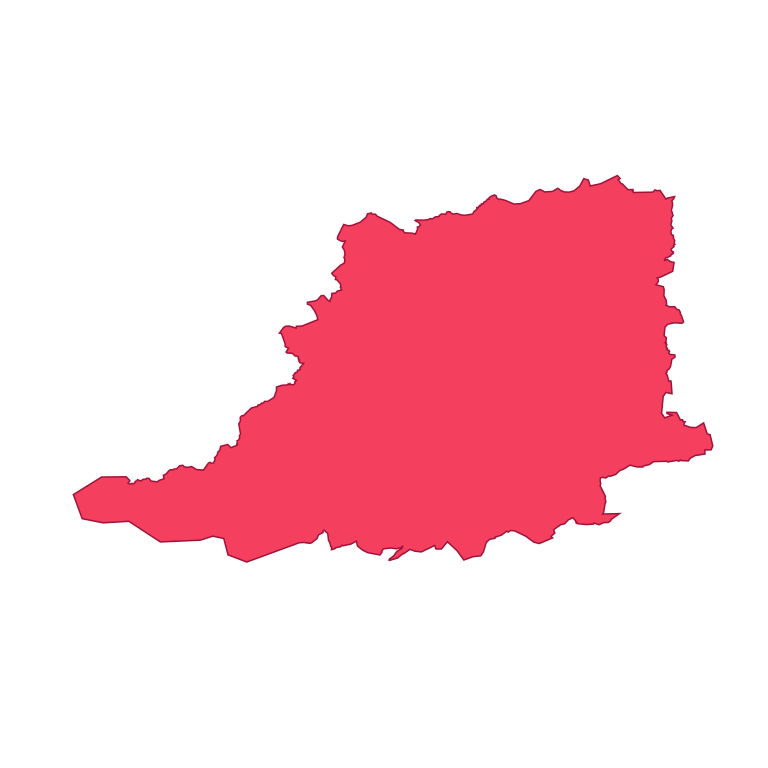 Tuam Lea-7, Galway, Ireland, rotated 354°
{"feature_id": "5873133B37999422461820", "entity_name": "Tuam Lea-7", "entity_type": "district", "adm_level": 2, "iso_a3": "IRL", "parent_name": "Ireland", "parent_adm1": "Galway", "projection": "robinson", "projection_center": [-8.881, 53.529], "detail": "fine", "context": "isolated", "style": "filled", "palette": "rose", "viewbox_px": 768, "rotation_deg": 354, "n_neighbors": 0, "source": "geoboundaries", "source_scale": "gbopen_adm2", "svg_char_len": 6167}
<svg xmlns="http://www.w3.org/2000/svg" viewBox="0 0 768 768"><g transform="rotate(354 384 384)"><path d="M657.9,491.2L667.1,490.6L669.1,491.6L670.7,490.5L671.1,491.2L678.6,492.3L680.9,489.8L685.8,487.7L695.9,487.2L696.1,483.2L702.4,483.7L704.5,480.0L703.0,468.5L700.2,467.3L697.8,456.1L689.9,460.0L684.1,459.1L678.0,456.2L678.2,454.6L679.6,453.1L677.2,452.1L677.2,450.7L675.0,450.7L672.0,443.0L662.4,441.7L662.3,442.7L663.6,443.6L667.2,445.1L659.6,447.0L657.0,442.1L660.4,425.4L663.5,421.9L669.4,423.8L669.8,412.1L669.5,410.8L667.5,411.0L666.6,404.7L665.4,402.9L666.6,402.0L666.8,400.4L669.5,398.5L670.9,396.3L672.9,389.4L676.2,387.7L676.3,385.5L671.7,384.5L670.7,383.5L670.3,382.8L671.4,381.6L671.1,380.4L669.7,380.2L668.9,379.0L669.6,378.6L668.4,376.3L669.4,374.5L668.4,373.3L669.0,372.8L667.9,372.1L668.8,371.7L669.6,367.4L667.6,365.3L669.4,356.8L672.5,354.2L679.0,353.5L686.7,354.7L688.4,353.6L686.9,346.7L685.9,344.9L686.2,343.7L685.1,341.1L683.1,340.4L681.2,337.5L676.3,337.1L672.6,335.2L673.4,334.2L673.4,332.0L673.3,329.9L671.6,325.5L672.5,319.3L672.0,316.5L664.8,313.6L667.5,310.9L667.7,308.9L666.7,307.1L670.5,306.5L682.9,302.1L685.2,293.4L681.8,292.3L678.9,289.8L675.9,290.5L676.0,290.0L677.5,287.8L678.5,288.0L682.6,286.5L682.6,285.7L685.3,284.4L684.9,283.5L685.6,283.0L683.7,281.4L683.6,279.9L686.8,277.6L686.3,276.9L686.7,276.0L687.9,275.7L687.3,274.1L688.1,271.9L686.9,268.7L687.4,268.1L687.2,266.4L685.5,265.4L685.2,262.4L686.3,259.9L687.7,259.3L685.9,255.6L687.4,251.8L687.0,249.2L689.1,246.7L688.0,241.2L689.7,236.5L689.8,233.5L689.2,232.1L691.4,230.2L692.6,228.0L685.2,228.7L683.7,229.6L678.8,220.3L675.6,220.3L673.8,219.3L671.4,221.3L652.1,219.6L651.4,218.5L652.0,218.0L651.3,217.4L651.8,216.6L646.9,216.2L642.0,209.9L640.9,209.6L638.2,205.2L640.3,204.3L637.9,201.1L620.1,207.5L609.8,208.6L608.6,202.6L604.2,200.6L599.4,207.6L593.2,211.7L588.1,212.5L583.6,211.9L580.4,210.3L577.3,207.5L571.7,210.1L564.0,209.8L559.5,206.8L555.1,208.4L547.2,216.8L538.6,218.9L532.0,218.6L523.7,214.0L519.1,212.3L517.9,212.5L515.7,211.0L515.2,208.6L513.6,207.5L509.5,208.7L507.7,210.2L507.8,211.1L506.3,210.9L504.3,213.0L502.3,213.6L501.8,214.9L499.7,215.1L499.7,216.1L497.8,216.4L498.0,217.1L496.5,217.5L496.3,218.6L494.7,218.3L494.6,220.0L491.5,221.9L490.0,224.2L482.4,224.7L478.2,223.9L474.3,222.0L470.5,222.3L467.8,220.4L467.8,219.7L466.2,219.3L464.6,219.5L463.1,221.6L458.8,220.9L456.5,222.3L456.2,223.2L452.2,223.2L449.7,224.8L447.0,224.3L445.1,225.2L440.6,225.2L432.9,224.2L432.0,224.7L435.7,227.3L436.9,229.7L435.3,231.2L433.6,231.3L433.4,233.9L430.9,238.2L427.7,236.9L420.3,235.8L419.0,233.7L419.3,232.9L415.6,231.9L406.9,223.8L394.6,216.3L393.4,214.3L389.9,213.9L389.4,212.6L385.4,213.0L383.7,216.3L377.3,220.6L368.9,222.9L364.9,222.9L360.6,221.1L353.6,232.1L352.8,234.2L353.1,235.3L357.0,237.8L360.4,237.7L356.9,243.4L358.4,246.4L358.8,249.0L358.7,251.1L357.4,254.1L358.0,255.4L357.9,257.2L357.0,259.7L353.1,261.3L343.6,268.4L345.2,271.1L347.3,272.2L346.6,275.0L348.4,275.8L351.1,280.1L351.3,282.0L350.7,283.1L351.4,283.7L351.1,284.9L351.6,286.1L347.3,286.7L345.3,288.5L341.7,288.4L341.0,292.1L339.2,294.6L339.0,296.2L336.9,294.8L333.4,289.8L332.0,289.6L330.6,289.7L326.9,293.2L324.7,294.1L316.3,294.8L316.2,296.6L319.2,298.0L322.6,304.0L324.4,308.9L324.9,313.1L308.4,317.8L302.9,317.4L302.4,319.2L295.9,316.5L292.3,316.2L290.0,317.3L285.3,322.5L287.3,323.0L289.9,333.8L289.6,336.4L292.8,338.4L290.0,341.9L290.9,343.1L296.1,343.9L298.5,346.9L301.0,347.3L301.7,348.3L301.2,349.4L301.8,350.1L301.5,351.0L302.3,351.4L301.8,352.2L302.7,354.2L306.2,355.0L302.2,358.9L301.9,361.1L299.4,361.3L299.1,363.0L296.9,363.5L294.5,366.2L295.1,367.6L293.9,368.9L297.4,371.2L295.4,372.6L295.7,373.7L294.3,375.2L291.0,374.8L290.5,373.7L289.6,374.5L288.8,373.8L288.5,374.8L282.0,374.6L276.7,375.8L276.3,379.7L273.1,385.9L266.7,389.1L263.5,388.8L261.7,390.4L260.0,390.2L259.0,391.6L256.5,391.7L256.0,393.0L249.5,394.0L240.9,400.8L239.0,400.8L237.5,402.2L237.3,405.7L235.4,408.6L236.1,418.8L234.8,420.3L234.8,422.7L233.3,424.7L232.0,425.0L231.8,428.0L231.2,428.3L231.6,429.5L225.1,431.3L222.2,427.8L215.0,428.9L213.8,432.8L212.0,433.9L210.4,437.5L207.7,439.7L208.2,441.3L206.2,444.6L204.3,444.9L202.8,443.7L201.2,444.2L195.4,450.7L188.6,449.5L184.1,446.0L179.9,446.4L176.6,445.4L175.4,443.8L172.2,443.9L168.9,446.7L165.9,446.7L164.5,447.6L163.0,446.9L161.1,447.6L158.2,450.5L155.0,451.8L155.4,455.2L150.0,456.4L148.4,457.7L142.1,456.1L140.5,453.4L138.4,452.9L137.6,453.6L134.5,453.6L132.1,455.0L128.8,453.4L128.3,454.5L126.5,454.8L125.3,457.0L123.0,456.5L120.7,457.1L119.0,455.7L121.0,454.1L121.1,453.3L117.7,449.3L93.4,447.0L63.5,461.5L69.8,486.4L90.1,492.7L115.9,493.9L145.1,517.7L185.0,520.1L197.8,517.4L208.5,520.9L211.0,537.6L228.9,546.7L283.2,533.0L288.0,533.3L293.5,534.7L295.6,534.3L301.2,530.7L303.1,527.2L307.8,525.4L308.3,523.3L309.3,523.2L312.4,526.9L312.5,533.9L313.5,535.8L314.1,540.2L314.9,541.0L314.4,543.3L317.7,542.7L319.2,541.7L323.9,541.3L325.3,539.9L326.3,540.6L334.2,539.8L340.1,537.4L340.7,542.4L345.4,547.0L350.1,550.0L362.0,553.6L364.2,551.3L363.9,550.8L366.1,547.9L373.6,547.8L379.0,549.2L383.8,548.5L386.0,546.8L384.5,549.5L379.5,551.7L375.4,556.2L371.0,558.7L370.6,559.8L371.1,560.0L379.4,558.5L385.2,554.5L385.8,554.9L392.5,551.2L397.3,553.5L403.6,554.9L417.6,549.9L418.4,553.5L423.8,554.1L430.6,547.5L439.4,557.7L445.0,567.4L454.2,565.1L462.3,565.0L465.3,561.4L469.1,552.4L472.9,549.4L477.2,549.2L478.6,548.7L478.7,547.9L484.9,546.6L490.5,543.3L492.0,544.3L494.7,542.9L498.9,543.9L509.2,550.3L516.4,556.9L521.7,558.9L535.6,554.7L534.2,553.0L538.3,550.1L537.5,546.6L545.0,542.4L549.1,541.9L552.9,538.5L557.8,536.7L560.2,540.0L560.3,541.2L561.2,541.5L560.7,542.5L562.4,543.3L571.1,545.0L577.7,545.2L578.3,544.2L583.0,546.4L588.2,544.8L592.6,545.2L595.2,543.7L595.7,542.5L604.7,537.5L587.9,536.2L589.1,534.5L591.3,526.2L592.3,524.5L591.9,520.1L592.5,519.0L588.3,507.8L589.1,505.7L588.8,502.2L589.4,500.0L591.8,499.7L594.6,500.7L597.6,499.0L599.3,499.4L605.0,498.2L609.4,494.7L614.2,493.4L620.0,490.4L627.3,493.0L632.8,493.6L633.1,492.7L639.4,491.9L644.0,489.4L657.2,490.4L657.9,491.2Z" fill="#f43f5e" stroke="#9f1239" stroke-width="1.5"/></g></svg>